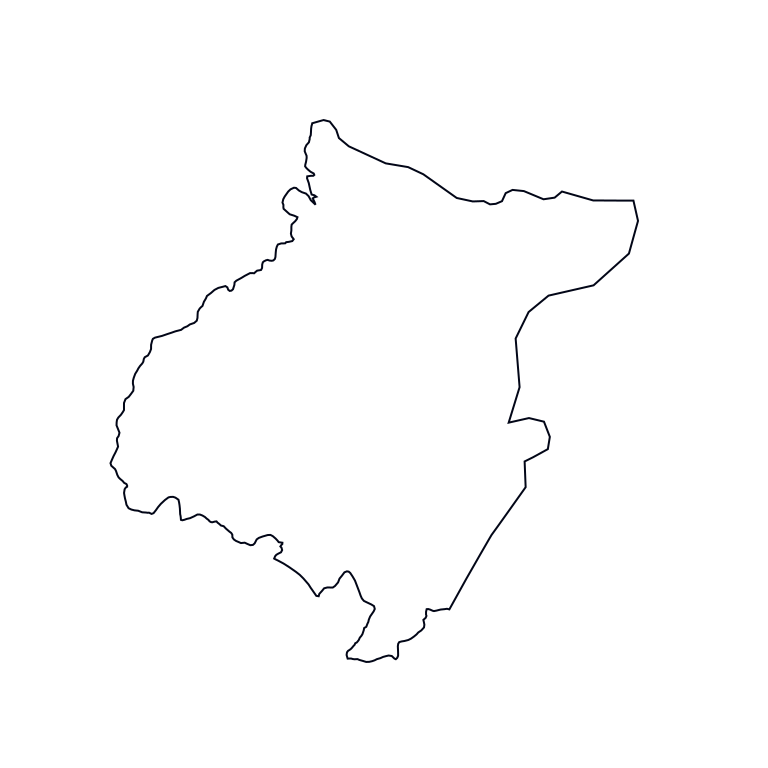 outline of Tavush, Tavush, Armenia, rotated 167°
{"feature_id": "60910142B30577123692851", "entity_name": "Tavush", "entity_type": "district", "adm_level": 2, "iso_a3": "ARM", "parent_name": "Armenia", "parent_adm1": "Tavush", "projection": "equal_earth", "projection_center": [45.447, 40.841], "detail": "fine", "context": "isolated", "style": "outline", "palette": "ink", "viewbox_px": 768, "rotation_deg": 167, "n_neighbors": 0, "source": "geoboundaries", "source_scale": "gbopen_adm2", "svg_char_len": 5576}
<svg xmlns="http://www.w3.org/2000/svg" viewBox="0 0 768 768"><g transform="rotate(167 384 384)"><path d="M167.3,531.5L175.8,527.2L187.0,528.1L204.3,540.5L215.1,544.2L222.5,542.6L227.9,535.6L234.5,534.4L240.3,535.2L245.7,539.8L256.4,541.9L271.3,548.9L288.1,567.8L298.5,579.5L311.7,589.9L332.7,598.6L364.8,623.5L372.6,633.8L373.4,642.4L377.8,651.9L383.6,654.8L395.3,654.2L395.6,653.4L396.6,651.7L397.6,649.1L398.6,645.5L399.4,642.9L401.0,640.8L401.3,639.4L402.8,636.4L405.9,634.2L408.1,631.3L408.9,628.6L408.5,626.0L408.1,623.8L408.5,621.7L410.0,618.0L411.4,615.3L411.9,613.8L411.1,612.0L409.7,609.8L407.8,607.3L405.1,604.9L404.9,603.4L406.0,602.8L408.4,603.3L412.1,603.6L412.7,601.8L412.1,596.7L412.2,589.8L411.9,584.9L409.3,583.5L407.8,581.7L410.3,581.5L411.7,580.9L410.8,577.3L410.4,574.1L414.0,579.6L415.2,584.0L417.2,587.1L420.9,589.4L423.4,591.7L425.6,594.8L427.6,595.5L431.3,594.7L434.0,593.1L436.7,590.7L438.6,589.0L440.6,586.7L442.1,583.6L441.7,581.2L442.3,578.8L442.4,577.3L441.3,575.7L439.2,572.7L437.7,570.6L433.5,568.1L430.8,566.0L431.8,564.3L433.9,562.6L436.7,561.0L438.1,560.1L438.9,558.0L439.7,554.5L440.9,551.4L440.8,548.5L439.4,545.4L441.2,543.9L444.8,543.9L447.4,544.2L448.3,543.5L448.7,543.3L452.6,544.1L456.0,543.8L457.5,542.0L458.8,539.6L458.9,539.4L460.0,536.2L461.2,532.2L462.2,530.4L464.0,529.3L465.6,529.3L467.7,530.0L469.4,531.1L471.1,531.1L473.5,530.5L474.7,529.8L475.8,527.8L476.7,524.5L478.1,522.8L479.4,522.8L482.1,523.0L484.1,522.0L485.6,521.1L487.4,521.7L488.6,521.9L489.5,522.2L492.2,521.5L494.5,520.9L495.3,520.7L499.2,519.4L504.6,517.9L506.7,516.7L507.5,514.2L509.8,510.3L511.6,509.3L513.4,509.4L514.6,510.9L514.9,513.4L516.5,515.1L519.0,515.0L523.8,514.9L528.0,513.8L532.1,511.6L536.7,509.6L538.3,507.4L541.0,504.6L543.3,500.9L545.2,499.9L546.7,498.9L549.2,496.2L550.0,493.6L550.9,490.3L552.2,487.8L555.2,486.2L559.8,485.7L562.6,484.5L566.2,483.9L569.5,482.4L573.1,482.3L574.1,482.3L575.9,482.2L579.3,481.8L583.8,481.4L589.5,480.8L596.7,480.7L599.0,480.0L599.9,478.8L600.2,478.3L602.1,474.6L603.1,470.5L604.9,467.8L607.6,464.9L611.1,463.9L612.4,462.4L613.5,459.9L614.9,458.4L617.6,456.5L619.9,454.4L621.4,452.6L624.1,449.9L626.4,446.4L627.9,443.6L628.6,440.7L628.6,437.4L629.3,435.4L629.8,433.8L632.8,431.2L635.6,428.9L639.3,427.4L641.6,424.0L642.5,420.2L643.2,417.1L644.6,415.6L647.2,413.2L650.4,411.1L652.2,409.2L653.1,406.9L653.9,403.9L653.3,400.0L652.7,396.0L654.3,393.0L656.3,391.2L657.0,388.8L657.1,385.8L657.2,382.8L658.9,380.5L660.9,377.9L663.8,374.5L666.2,371.3L668.3,368.4L668.1,365.7L666.9,364.0L665.2,361.6L664.7,359.6L664.3,355.4L663.6,352.7L662.4,350.8L660.5,348.3L659.4,346.1L657.5,344.5L657.1,342.9L657.4,341.7L658.9,341.2L660.4,339.8L661.0,338.3L661.8,336.3L662.0,333.4L662.1,330.8L662.0,327.5L662.1,324.3L660.8,320.4L658.4,318.5L655.5,317.0L652.0,315.8L648.5,313.4L646.2,312.7L644.8,312.3L643.3,311.7L641.9,311.5L639.7,309.7L637.6,310.0L634.7,312.3L631.8,314.9L628.3,317.5L627.4,318.0L623.6,320.2L619.5,322.0L617.6,322.0L614.9,321.5L612.8,320.2L610.3,317.5L610.3,314.8L610.5,311.9L610.9,308.5L611.9,303.0L611.9,301.3L612.0,300.2L612.4,297.3L611.2,296.6L609.0,296.6L606.6,296.9L603.2,296.9L599.3,297.7L599.2,297.7L595.2,298.8L592.7,298.2L590.5,296.7L588.4,294.7L587.1,292.8L586.0,291.5L585.7,291.2L584.8,289.4L584.0,288.7L583.7,288.4L582.5,287.9L579.9,288.0L578.1,287.8L577.4,286.4L576.0,284.7L574.7,282.8L572.2,281.5L570.5,278.6L567.8,274.9L566.4,273.3L565.7,271.4L566.2,268.6L565.3,266.4L564.7,265.7L563.5,264.4L560.9,262.5L559.2,261.2L555.4,260.7L553.1,258.9L550.5,257.0L547.9,256.7L545.9,257.8L543.0,261.2L540.6,262.2L536.7,262.7L533.0,262.9L531.4,263.0L528.6,262.5L526.6,260.8L524.4,257.8L523.0,255.4L522.2,253.6L518.7,252.2L519.1,250.9L520.4,250.1L521.5,249.0L520.7,247.6L520.6,245.1L522.2,243.2L525.1,242.5L527.3,241.8L528.8,240.7L530.3,238.6L529.2,237.6L527.1,235.9L522.2,231.6L517.4,226.7L512.0,220.7L509.0,217.0L506.3,212.7L502.6,205.7L501.2,201.7L500.6,200.3L497.6,192.8L495.4,191.9L494.2,194.1L491.0,196.3L488.3,198.4L485.0,198.5L479.7,197.2L477.2,198.2L473.4,201.0L471.1,204.4L468.2,206.6L464.9,209.4L462.3,209.8L460.6,209.1L459.4,207.5L457.9,203.5L456.5,199.0L455.7,193.3L454.8,186.8L454.4,183.1L453.8,180.0L452.4,177.2L450.2,175.4L445.9,172.0L443.7,169.8L443.6,166.9L445.2,164.8L447.5,162.7L449.8,160.6L451.8,157.8L452.8,155.7L454.1,154.1L455.9,151.4L458.2,150.7L459.2,148.5L461.3,145.1L462.8,143.6L464.6,142.3L466.2,140.2L467.8,138.9L468.8,138.2L470.3,137.9L471.3,136.5L472.7,135.6L474.5,134.2L475.9,133.3L477.5,132.6L479.0,132.1L480.4,130.9L480.7,130.2L481.4,128.4L481.2,124.6L480.1,124.4L477.8,123.9L476.2,123.0L474.5,122.4L471.7,121.9L470.1,120.7L467.0,119.0L463.9,117.2L460.9,116.6L457.9,116.6L455.2,116.9L452.9,117.5L449.2,117.7L446.2,118.3L445.6,118.3L443.2,118.4L440.6,118.4L439.8,118.1L437.6,117.2L435.6,114.1L434.4,113.2L432.7,114.2L431.4,116.0L430.9,118.1L430.3,121.1L429.5,125.4L428.6,127.7L427.2,129.1L424.7,129.2L421.8,129.0L417.9,129.1L415.0,129.8L411.6,131.2L408.6,132.7L406.5,134.2L403.1,135.5L399.8,137.8L398.8,140.4L398.7,143.1L398.7,145.3L396.0,146.8L394.8,148.5L394.9,149.9L394.3,152.5L393.1,155.0L391.6,154.8L389.8,153.8L387.6,152.1L386.4,151.5L383.8,151.4L379.6,151.5L375.7,151.0L373.2,150.8L371.8,150.1L371.0,149.7L347.6,175.7L329.2,195.6L316.7,209.0L313.2,212.7L304.5,220.3L292.4,231.0L269.2,251.6L264.4,276.9L255.2,279.1L239.0,283.7L234.3,295.2L236.6,311.3L250.4,318.2L271.2,318.3L252.6,350.4L245.5,398.7L226.9,421.6L203.8,433.1L157.6,433.0L116.0,456.0L105.2,475.9L99.8,485.8L99.7,506.6L109.3,508.8L138.9,515.8L167.3,531.5Z" fill="none" stroke="#020617" stroke-width="2"/></g></svg>